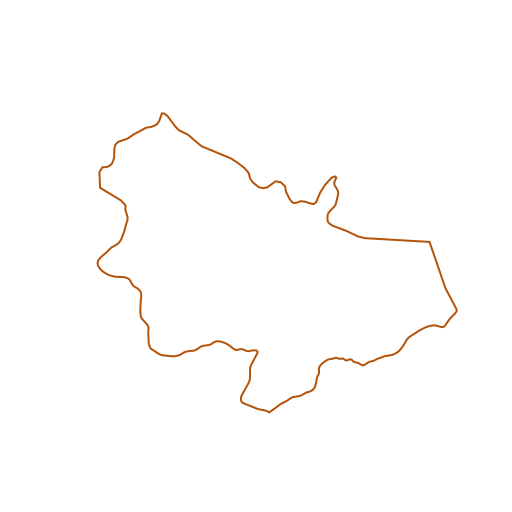 the border of Nong Bua Lam Phu, rotated 319°
{"feature_id": "THA-449", "entity_name": "Nong Bua Lam Phu", "entity_type": "Province", "adm_level": 1, "iso_a3": "THA", "parent_name": "Thailand", "parent_adm1": "", "projection": "albers", "projection_center": [102.251, 17.201], "detail": "fine", "context": "isolated", "style": "outline", "palette": "amber", "viewbox_px": 512, "rotation_deg": 319, "n_neighbors": 0, "source": "natural_earth", "source_scale": "10m", "svg_char_len": 3435}
<svg xmlns="http://www.w3.org/2000/svg" viewBox="0 0 512 512"><g transform="rotate(319 256 256)"><path d="M396.2,359.2L377.9,404.5L372.6,427.0L371.7,429.0L370.9,429.4L368.6,429.9L362.4,430.4L359.1,431.0L353.1,432.6L351.3,432.6L349.9,431.9L349.1,430.9L347.0,427.7L345.5,425.7L344.4,424.8L342.0,423.2L339.5,422.0L336.9,421.0L331.1,419.5L319.3,417.8L317.6,417.7L316.0,417.9L314.5,418.2L308.2,420.4L302.0,421.5L299.9,421.5L298.4,421.3L294.1,420.1L287.1,415.9L281.6,413.9L281.2,413.6L280.8,413.4L279.8,413.1L276.1,412.3L274.4,411.4L273.8,411.0L270.9,409.9L267.6,409.6L265.8,409.1L264.7,408.3L264.1,407.2L263.4,404.8L262.8,403.6L262.2,402.6L260.8,400.9L260.4,399.8L260.2,398.6L260.2,397.3L259.8,396.2L259.0,395.5L257.8,395.0L256.6,394.7L255.6,394.0L255.0,393.0L254.8,391.7L254.4,390.6L253.6,389.8L251.7,388.5L251.0,387.6L249.9,385.5L249.0,384.8L246.6,384.0L244.2,382.3L242.2,381.3L237.6,380.6L234.5,380.6L232.2,380.9L230.9,381.4L229.9,382.0L229.1,382.8L227.7,384.8L226.7,385.7L225.3,386.5L223.1,387.3L221.7,388.2L220.6,389.0L219.5,390.2L215.2,393.2L213.2,393.9L211.3,394.2L209.7,394.1L208.4,393.9L204.7,392.2L203.6,391.9L198.6,390.9L196.4,389.9L191.3,386.8L190.2,386.3L188.9,386.1L184.5,385.6L177.6,383.9L163.6,382.8L162.0,379.3L161.3,378.3L157.9,373.9L156.5,371.7L149.8,358.6L149.5,357.1L149.7,355.6L151.1,353.7L152.4,352.6L153.8,351.8L167.0,347.0L169.5,345.7L170.5,345.0L172.3,343.2L178.1,336.6L180.8,335.1L192.6,330.5L193.8,329.9L194.5,329.0L194.4,327.7L192.9,326.1L191.6,325.1L187.8,322.9L186.9,322.0L186.2,320.8L185.7,319.5L185.1,318.2L184.3,317.2L183.4,316.3L179.9,314.3L178.9,313.4L178.3,311.8L177.1,305.7L175.8,301.8L173.1,297.3L171.4,295.4L170.3,294.5L167.6,293.5L164.6,293.1L163.2,292.8L160.8,291.5L157.4,289.2L154.7,288.2L149.7,287.5L148.2,287.1L146.9,286.6L141.5,282.8L138.8,281.6L133.9,280.8L132.6,280.4L127.9,277.7L119.9,269.1L118.6,266.7L115.8,256.9L116.4,254.5L117.9,251.3L124.7,242.8L126.5,241.0L127.5,240.1L128.3,238.8L128.9,236.9L128.7,229.2L128.9,227.7L129.4,226.2L130.7,224.1L132.8,221.4L139.7,214.1L142.8,211.4L144.0,209.9L144.9,208.5L145.5,206.8L145.6,204.1L145.2,202.4L144.2,199.5L143.9,198.1L143.9,196.6L144.9,192.2L145.0,190.6L144.7,189.2L144.2,188.0L143.5,186.8L141.9,184.7L136.0,179.2L135.4,178.3L132.5,174.0L131.5,171.4L130.6,168.6L130.0,165.5L129.9,163.9L130.1,162.3L130.2,160.8L130.6,159.2L131.8,157.4L134.0,155.8L138.2,155.1L146.4,155.2L149.6,154.8L152.8,154.8L157.3,155.8L160.6,156.1L163.0,155.7L165.5,154.9L173.2,150.7L179.3,146.5L182.2,144.9L184.6,142.4L187.6,135.6L190.8,132.1L190.5,125.3L183.1,102.2L192.8,90.0L198.2,88.3L201.7,90.9L203.9,91.7L207.7,91.8L210.7,90.5L213.7,88.4L219.5,82.1L222.8,79.7L226.9,79.4L236.0,83.1L244.1,84.1L257.2,87.1L262.3,90.2L267.5,91.6L271.8,90.5L278.5,86.6L280.4,88.5L281.0,92.3L280.0,105.8L280.4,110.7L284.2,119.7L286.9,137.4L301.1,166.0L303.3,173.7L304.9,181.5L305.1,186.2L304.7,189.4L303.2,191.7L302.2,194.7L301.9,198.7L303.3,205.9L305.9,209.6L309.7,211.6L319.8,212.5L323.0,216.5L323.7,222.4L320.9,226.8L318.8,234.8L318.6,238.0L319.0,240.6L321.8,242.5L325.6,243.9L328.7,247.2L330.6,250.6L333.4,254.6L336.6,254.9L345.9,250.3L354.4,247.7L364.5,246.5L367.9,247.8L368.0,249.6L363.3,251.8L361.8,253.8L360.9,259.1L360.3,261.0L358.9,263.0L351.3,268.5L349.2,269.6L347.2,270.1L342.5,270.4L339.0,271.0L337.4,271.7L336.0,272.9L333.5,275.9L332.7,277.4L332.7,279.8L333.5,283.1L340.7,296.4L345.9,308.4L350.1,314.2L396.2,359.2Z" fill="none" stroke="#b45309" stroke-width="2"/></g></svg>